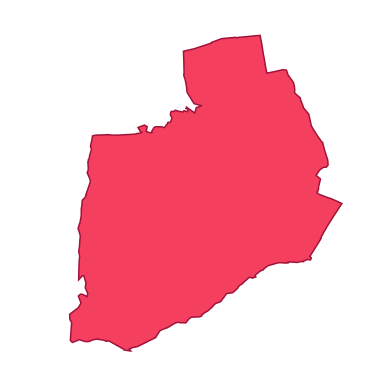 the district of San Sebastián Ixcapa, Oaxaca, Mexico, rotated 350°
{"feature_id": "50627088B8337648653964", "entity_name": "San Sebastián Ixcapa", "entity_type": "district", "adm_level": 2, "iso_a3": "MEX", "parent_name": "Mexico", "parent_adm1": "Oaxaca", "projection": "albers", "projection_center": [-98.15, 16.529], "detail": "fine", "context": "isolated", "style": "filled", "palette": "rose", "viewbox_px": 384, "rotation_deg": 350, "n_neighbors": 0, "source": "geoboundaries", "source_scale": "gbopen_adm2", "svg_char_len": 4368}
<svg xmlns="http://www.w3.org/2000/svg" viewBox="0 0 384 384"><g transform="rotate(350 192 192)"><path d="M103.7,119.6L102.6,123.0L99.9,129.4L100.4,132.5L97.3,138.7L96.8,140.6L96.7,141.1L96.2,141.5L95.7,141.8L95.4,143.2L94.7,144.2L94.0,150.5L93.4,152.6L92.8,153.9L92.1,154.6L93.5,160.7L93.8,163.1L93.4,164.8L87.1,176.1L87.4,176.5L87.0,176.7L85.8,178.8L82.5,181.1L80.9,187.0L80.0,189.5L78.8,196.2L76.3,202.8L76.3,203.1L75.9,203.3L73.4,208.3L73.9,210.8L74.4,215.8L73.3,219.7L71.6,226.6L70.1,230.8L70.2,235.9L69.0,240.0L67.5,246.8L65.1,258.8L69.6,255.4L70.9,255.6L71.8,263.4L70.7,266.3L70.2,267.8L71.7,273.7L70.5,276.8L66.2,273.6L64.3,273.3L62.0,274.8L63.4,282.1L59.9,286.2L50.3,291.2L49.6,296.4L50.8,299.6L46.4,317.1L48.1,319.4L49.7,319.1L55.5,317.9L60.2,320.5L62.6,321.1L64.3,321.3L65.4,321.3L66.8,320.8L68.4,320.5L69.9,320.4L72.3,320.3L77.4,321.9L78.6,322.4L80.1,323.0L81.4,324.1L83.2,324.1L84.7,324.5L87.0,326.4L97.9,335.3L97.7,335.8L102.9,337.6L104.1,337.9L102.9,335.8L104.3,335.4L105.7,335.1L107.0,334.8L108.0,334.9L109.4,334.9L110.6,334.8L111.7,334.7L113.2,334.3L115.9,333.5L131.0,329.0L136.1,323.2L138.6,322.4L140.1,322.0L142.2,321.6L143.3,321.6L146.9,320.4L151.6,318.5L152.8,318.2L155.0,317.9L156.4,318.1L158.0,318.8L163.2,319.8L165.9,317.4L167.6,316.0L169.9,315.2L177.9,316.3L180.1,315.7L180.2,314.7L181.3,314.2L182.0,314.1L182.4,313.6L184.3,312.8L185.2,312.5L187.7,311.5L191.7,308.9L193.6,307.4L194.4,306.8L195.9,305.9L198.2,305.5L200.6,305.1L201.8,304.5L203.2,303.0L205.1,301.3L208.5,298.0L209.2,298.0L210.6,298.2L213.0,298.2L213.9,298.2L214.9,298.0L216.4,297.2L217.5,296.5L218.3,296.0L219.4,295.3L220.4,294.5L221.1,293.6L221.8,293.0L222.6,292.3L225.9,291.0L226.8,290.3L228.0,289.4L229.3,288.6L230.9,287.7L233.3,286.1L236.3,286.7L236.4,287.3L238.6,287.0L240.1,286.7L239.9,286.4L239.5,285.2L240.0,284.8L244.7,282.1L246.2,281.6L247.7,281.1L248.7,281.1L249.1,280.5L249.8,280.1L250.6,279.6L250.9,279.3L251.3,279.1L252.1,278.8L252.7,278.4L253.5,278.0L254.1,277.8L255.1,277.7L264.4,276.7L266.7,277.0L268.0,277.2L269.3,277.6L270.6,278.0L271.5,278.2L272.7,278.2L274.2,278.6L274.4,277.7L275.1,277.8L276.0,278.0L277.2,278.0L278.2,278.3L279.0,278.5L283.5,279.7L284.7,279.5L288.8,279.5L289.0,279.8L289.1,279.7L289.4,279.7L289.6,279.8L289.7,279.4L291.3,279.3L292.8,278.7L294.1,278.6L294.3,278.6L296.9,279.5L298.1,277.6L296.7,275.8L297.7,275.0L305.6,266.3L311.1,260.1L310.7,259.7L316.1,252.9L317.4,251.6L318.7,249.8L327.9,239.7L328.1,239.5L337.6,229.4L332.8,226.0L327.2,222.3L326.8,222.3L316.5,216.2L314.9,214.2L316.7,212.1L317.3,210.4L317.5,209.0L320.8,201.5L317.1,197.2L321.5,192.6L325.6,190.5L328.5,190.9L330.6,189.3L330.8,187.8L331.1,185.7L331.1,183.8L331.2,183.7L330.1,176.0L329.3,167.4L329.4,166.2L328.2,164.6L325.6,159.1L323.1,153.2L323.0,152.9L321.3,148.4L320.9,146.1L320.9,144.3L320.7,139.5L320.5,135.6L316.4,128.4L316.4,128.1L316.4,127.5L314.8,119.1L315.1,118.4L310.6,112.7L310.4,110.9L310.5,110.5L310.9,109.7L311.2,105.8L310.9,101.6L307.0,93.7L306.2,88.6L306.2,88.4L302.6,87.3L294.1,87.8L286.3,87.9L286.3,84.5L286.2,82.0L286.3,74.0L286.3,73.9L286.2,67.8L286.4,59.3L286.4,56.9L286.3,50.9L286.3,49.6L277.2,48.8L274.0,48.6L265.0,47.8L262.0,47.8L261.7,47.5L261.6,47.2L252.5,46.5L247.8,46.1L245.1,46.6L237.0,48.1L236.9,48.7L236.7,48.8L217.3,51.5L216.9,51.4L208.0,51.9L206.8,60.9L204.9,73.1L204.1,75.7L204.8,80.4L204.9,86.3L205.0,86.4L204.9,86.7L204.5,92.9L204.9,94.2L209.4,105.4L212.0,106.6L216.0,108.5L215.8,108.9L213.2,109.4L211.1,109.5L209.8,111.6L209.6,112.3L208.4,114.6L201.3,107.5L201.2,107.8L200.5,108.6L202.7,109.9L201.2,112.1L198.2,110.5L196.9,111.7L195.5,111.1L193.6,110.4L193.6,110.5L189.6,108.5L188.8,109.3L187.8,109.6L186.2,109.0L185.2,109.4L184.6,110.6L184.2,111.5L184.2,112.7L184.8,114.5L184.9,116.0L184.0,117.7L182.7,119.6L181.2,119.3L180.3,119.3L179.7,120.5L178.5,121.4L176.2,123.7L175.8,123.8L175.5,123.7L173.9,122.8L172.7,122.3L170.4,122.0L169.0,121.6L167.5,121.5L166.0,121.7L165.1,122.7L163.7,124.2L163.0,125.1L163.0,126.4L162.7,126.6L161.2,126.2L159.8,125.9L158.7,125.0L157.4,124.6L157.4,124.4L159.2,119.9L158.6,119.3L157.5,118.5L156.8,117.8L150.0,119.1L152.0,124.6L153.0,124.4L153.0,124.5L151.1,125.1L147.3,124.8L146.5,125.3L145.8,125.1L140.7,124.5L134.9,123.8L130.7,123.4L123.0,122.1L119.1,120.9L117.9,120.7L117.3,120.7L115.3,120.5L110.2,119.7L106.7,119.3L105.1,119.3L103.7,119.6Z" fill="#f43f5e" stroke="#9f1239" stroke-width="1.5"/></g></svg>